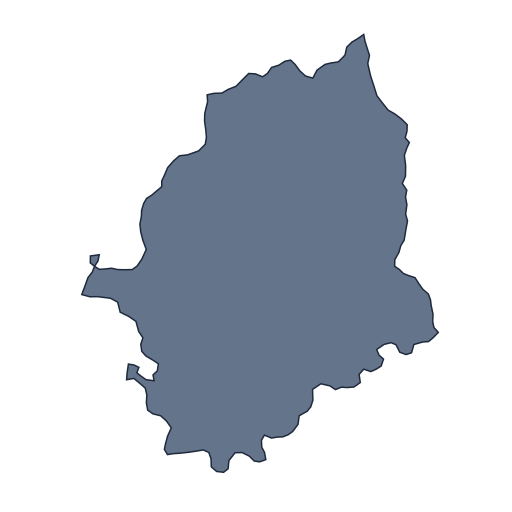 outline of Conceição da Barra de Minas, Minas Gerais, Brazil, rotated 176°
{"feature_id": "56859067B78815771597461", "entity_name": "Conceição da Barra de Minas", "entity_type": "district", "adm_level": 2, "iso_a3": "BRA", "parent_name": "Brazil", "parent_adm1": "Minas Gerais", "projection": "mercator", "projection_center": [-44.485, -21.147], "detail": "fine", "context": "isolated", "style": "filled", "palette": "slate", "viewbox_px": 512, "rotation_deg": 176, "n_neighbors": 0, "source": "geoboundaries", "source_scale": "gbopen_adm2", "svg_char_len": 2686}
<svg xmlns="http://www.w3.org/2000/svg" viewBox="0 0 512 512"><g transform="rotate(176 256 256)"><path d="M417.8,257.0L420.4,251.4L425.1,246.2L428.8,237.8L432.5,229.7L424.5,226.9L416.7,226.5L410.8,225.3L404.1,224.0L397.2,219.6L395.4,209.4L387.3,204.7L380.3,199.1L378.3,188.9L374.5,182.2L377.1,176.0L376.6,168.9L372.8,163.9L366.1,159.3L360.9,155.3L362.4,148.4L367.0,144.6L366.4,138.7L374.3,140.3L378.6,143.8L383.0,147.8L380.6,153.1L385.3,155.8L390.8,157.1L392.8,148.0L393.7,141.6L386.4,142.4L380.0,136.3L375.7,131.9L374.6,125.0L375.6,117.2L374.8,109.8L369.8,105.7L362.3,103.3L356.8,97.6L352.5,90.5L356.8,82.4L359.2,75.5L360.9,69.6L358.2,64.1L352.2,64.6L345.7,64.6L337.0,64.9L328.3,65.6L322.2,66.2L316.8,63.4L315.0,56.8L315.3,48.8L310.3,43.8L303.4,42.5L298.7,45.7L297.3,53.8L290.6,61.2L283.6,60.9L276.6,56.8L272.1,51.6L266.8,50.4L260.4,52.2L261.2,59.4L263.6,64.9L263.4,71.9L260.1,76.7L253.2,73.3L247.3,73.9L241.9,73.7L236.3,75.5L231.6,78.4L225.8,85.2L224.1,93.6L215.7,97.6L211.9,101.7L209.3,108.2L208.9,119.0L200.2,124.0L191.3,121.3L186.1,117.2L180.0,119.2L174.4,118.4L167.4,118.5L160.8,122.5L161.4,130.7L156.4,135.6L149.5,132.7L144.0,134.7L138.8,137.5L136.0,144.3L140.1,148.4L142.2,154.3L134.4,158.9L127.3,160.1L122.5,157.7L119.3,150.0L113.2,147.2L107.6,148.6L104.7,156.7L95.6,158.6L89.9,158.6L85.0,162.1L79.5,167.1L83.5,172.3L84.3,178.2L83.5,185.7L84.7,194.4L85.0,200.1L86.7,206.0L91.9,211.2L95.4,216.9L98.9,223.3L105.3,225.9L110.2,228.3L113.8,232.4L118.4,236.1L117.8,242.6L113.2,249.6L110.8,256.3L107.1,261.4L104.7,271.6L102.4,280.4L103.8,287.3L101.9,296.6L102.7,304.6L101.0,311.2L105.0,318.1L101.3,325.2L100.4,335.8L101.0,346.1L97.8,353.6L95.1,358.5L98.9,363.5L96.7,369.8L96.0,376.4L101.0,382.2L107.3,387.8L114.0,392.3L118.7,399.1L124.2,407.4L126.4,416.8L129.1,427.5L131.1,440.2L128.8,448.2L130.8,456.4L132.3,462.7L133.1,469.5L139.8,465.5L145.4,462.7L150.9,458.0L153.2,450.2L160.3,443.9L168.1,443.3L173.8,442.3L182.2,437.1L186.9,429.5L194.1,432.1L199.4,437.7L203.5,444.2L207.8,449.0L213.7,448.2L219.8,444.8L227.3,443.0L231.9,437.3L236.9,434.3L243.8,437.7L250.5,438.6L256.9,433.1L264.1,426.7L272.0,424.2L278.7,420.9L286.6,421.2L293.5,420.2L293.5,413.4L295.5,407.1L297.2,401.6L297.9,394.3L297.3,385.1L297.2,377.8L298.8,371.0L306.0,364.8L317.3,361.7L325.4,361.3L331.5,356.7L337.9,350.4L341.7,343.0L344.8,337.4L345.2,331.7L350.2,328.1L355.9,323.9L361.1,321.1L364.4,316.2L366.9,309.6L367.6,303.4L369.6,295.9L369.3,288.1L367.8,279.8L365.0,270.2L370.2,260.7L375.4,254.2L380.4,251.1L388.4,251.5L394.9,252.1L401.0,253.9L406.5,253.6L413.2,253.6L417.8,257.0ZM417.8,257.0L414.0,262.0L412.3,268.2L421.2,267.6L421.8,260.7L417.8,257.0Z" fill="#64748b" stroke="#1e293b" stroke-width="1.5"/></g></svg>